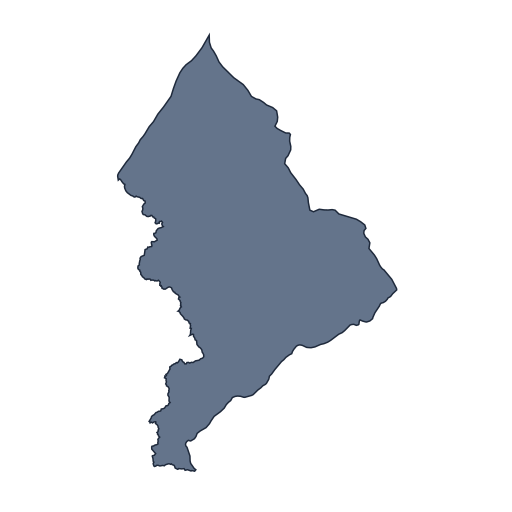 outline of Sing, Louang Namtha, Laos, rotated 183°
{"feature_id": "54806243B57426312908571", "entity_name": "Sing", "entity_type": "district", "adm_level": 2, "iso_a3": "LAO", "parent_name": "Laos", "parent_adm1": "Louang Namtha", "projection": "robinson", "projection_center": [101.175, 21.271], "detail": "fine", "context": "isolated", "style": "filled", "palette": "slate", "viewbox_px": 512, "rotation_deg": 183, "n_neighbors": 0, "source": "geoboundaries", "source_scale": "gbopen_adm2", "svg_char_len": 6065}
<svg xmlns="http://www.w3.org/2000/svg" viewBox="0 0 512 512"><g transform="rotate(183 256 256)"><path d="M314.3,474.1L320.8,461.2L326.4,452.8L330.7,447.6L335.7,443.5L338.9,439.6L341.6,435.0L344.9,426.6L347.2,419.0L349.2,411.0L356.1,400.0L361.4,392.6L365.4,384.8L369.4,379.6L373.4,372.0L375.2,369.2L377.6,366.2L379.1,362.8L381.7,358.9L385.2,351.1L387.3,347.2L390.3,343.2L397.5,331.7L398.3,329.6L398.3,328.3L397.5,324.6L396.4,325.8L396.1,325.8L394.7,324.6L393.9,323.3L391.9,321.1L390.7,320.7L391.0,318.3L390.6,316.8L389.4,314.3L387.8,312.5L383.9,309.9L382.4,309.6L381.1,308.7L380.0,308.5L378.8,309.5L378.0,309.0L375.2,308.5L373.7,307.4L372.3,307.5L371.0,305.5L369.6,305.0L369.4,303.2L370.7,302.0L372.1,299.3L371.5,297.9L371.6,295.9L372.2,294.6L371.4,292.3L370.7,291.5L369.0,291.3L367.2,289.9L365.7,289.7L364.8,290.1L364.0,290.1L363.3,291.0L362.2,291.1L361.2,289.7L360.2,289.6L359.7,288.7L358.2,288.0L357.9,286.3L358.2,285.4L358.0,284.8L358.5,283.9L357.4,282.9L356.5,283.0L355.0,283.8L354.4,283.7L354.3,285.1L353.9,285.5L352.8,285.5L352.2,285.9L351.1,284.7L351.8,283.1L351.0,281.3L350.1,280.5L352.5,279.2L353.6,279.0L355.2,278.3L356.9,276.0L357.2,274.0L358.2,273.4L359.2,273.2L359.2,271.8L358.4,270.3L355.9,268.1L355.5,266.7L358.2,264.9L360.8,264.9L361.3,264.2L361.0,262.5L360.5,261.3L360.7,260.0L362.5,259.7L363.2,259.2L364.6,259.2L364.9,257.6L367.1,256.6L367.6,250.9L370.7,249.4L371.7,247.7L371.4,246.5L371.8,245.3L372.2,242.3L372.0,241.0L373.2,240.0L373.4,238.7L373.2,237.1L372.2,236.1L371.3,235.8L371.2,234.7L370.3,233.8L370.0,231.4L369.2,230.8L368.3,229.3L366.9,228.5L365.9,227.3L364.2,226.7L363.6,227.4L362.7,227.1L362.0,227.4L360.6,227.4L359.7,226.2L359.1,226.5L356.8,226.5L355.8,225.8L355.1,226.2L354.8,226.0L353.4,225.9L352.1,226.7L350.8,225.4L350.2,224.5L350.6,223.5L350.5,221.7L349.2,221.5L349.4,220.8L348.5,220.3L348.1,218.8L347.6,218.8L346.6,218.1L344.8,218.2L342.1,220.2L340.9,220.6L340.4,220.5L338.7,219.8L338.0,218.0L336.5,215.9L335.2,215.5L334.8,214.6L331.5,212.9L330.8,211.6L329.9,211.0L330.9,210.4L331.2,209.0L329.5,207.6L329.3,206.5L328.6,205.7L328.8,204.0L328.4,203.0L328.8,202.5L327.9,201.3L328.6,200.8L329.6,198.8L329.7,198.1L330.9,196.9L330.5,196.9L328.8,195.6L328.6,194.5L325.8,191.8L324.6,190.3L324.4,189.5L323.0,188.6L321.0,188.3L320.7,187.8L319.8,187.3L319.3,185.6L318.0,185.1L318.2,184.5L317.7,183.2L318.0,180.4L316.8,180.3L317.3,178.4L317.4,174.3L318.0,173.2L315.3,174.6L314.3,174.4L314.2,172.6L312.8,170.7L312.4,169.1L311.0,168.5L310.3,164.5L308.1,162.0L307.0,161.5L305.3,159.6L304.6,156.9L304.0,156.3L303.1,154.7L302.9,152.6L304.1,151.1L305.7,150.6L307.4,149.0L311.0,148.1L313.3,146.3L314.8,146.5L316.7,145.6L317.7,146.2L319.4,146.0L320.0,144.7L321.4,144.5L322.5,146.1L323.1,146.2L324.2,147.3L324.6,148.4L326.6,148.9L327.8,146.5L328.8,145.2L330.0,145.4L330.9,144.3L332.3,143.9L333.7,142.7L334.4,142.5L335.1,141.4L336.1,141.0L336.3,140.4L336.0,138.6L338.3,134.0L339.8,133.0L339.2,131.9L339.9,131.4L340.8,131.3L340.6,130.4L341.0,129.6L339.3,128.8L339.3,126.7L338.8,125.6L339.5,123.5L338.7,122.7L338.6,121.7L336.8,120.7L335.7,118.8L336.1,117.0L335.8,115.8L336.7,113.9L336.7,112.4L335.3,110.3L335.3,106.6L334.1,105.1L335.3,104.3L335.6,103.0L336.4,102.0L338.0,101.7L339.4,99.3L340.8,98.6L342.6,98.2L343.0,96.4L343.7,96.0L345.3,95.8L346.5,94.8L347.7,94.4L349.4,92.2L351.0,91.2L351.9,90.2L352.2,88.7L354.1,85.2L353.3,84.7L353.0,83.8L352.0,84.6L351.3,84.4L350.7,83.9L349.0,85.0L347.5,85.2L347.3,84.3L347.6,83.5L345.6,82.0L344.9,80.8L344.8,79.9L344.0,78.3L344.7,76.9L344.4,76.5L344.6,75.5L345.7,74.6L344.9,73.7L345.0,72.9L344.2,72.3L344.1,71.4L342.7,70.1L343.9,68.7L344.4,67.5L344.0,66.1L344.3,64.6L344.0,63.3L345.3,62.3L346.1,62.2L347.6,61.6L348.1,61.0L349.9,60.6L350.2,59.9L350.0,57.7L345.9,53.4L347.1,51.7L349.0,51.1L349.1,50.6L348.3,48.4L347.9,45.6L347.2,44.8L347.8,43.5L347.7,42.8L347.0,41.0L346.4,40.5L345.1,40.9L344.3,41.7L343.0,41.9L341.0,41.3L338.1,42.0L336.6,41.7L335.5,42.8L332.6,43.9L331.5,43.9L330.4,43.5L329.7,44.0L328.7,43.2L327.1,42.8L326.5,42.2L325.6,40.0L323.1,38.9L322.7,39.0L322.1,39.7L319.0,39.5L316.7,39.9L315.6,38.3L313.2,39.0L309.6,37.9L308.8,38.4L306.0,37.9L304.9,39.4L306.7,40.7L310.4,45.5L311.1,47.9L311.5,52.8L314.9,61.4L316.0,62.5L316.5,63.9L316.4,65.3L315.5,67.0L314.2,68.2L313.5,68.4L313.1,68.1L311.5,67.9L307.9,70.3L306.5,72.6L305.5,75.8L302.5,78.4L296.9,82.0L293.7,86.1L292.2,89.1L289.4,93.7L283.3,98.7L279.8,102.4L277.9,106.0L275.8,108.5L273.7,110.3L272.2,113.4L269.5,114.7L267.1,115.2L264.0,115.1L261.0,114.3L259.8,114.3L253.0,116.6L251.6,117.4L247.1,122.3L244.3,124.6L242.5,126.7L239.8,128.4L238.9,129.4L236.8,133.6L236.3,136.7L234.2,139.0L231.3,143.5L225.0,151.9L222.9,153.8L220.8,156.4L217.3,159.2L215.2,160.3L214.6,162.5L213.4,164.7L211.0,168.0L209.5,169.0L207.8,169.5L206.1,169.4L204.8,169.1L200.7,167.4L198.6,167.3L196.2,167.3L192.4,168.3L186.8,171.1L183.6,172.0L179.9,173.7L177.0,175.7L169.3,182.2L165.9,184.0L163.5,186.2L158.4,192.0L156.8,192.6L154.8,192.9L152.2,192.0L150.3,192.6L149.7,193.2L149.4,196.3L149.1,197.3L148.7,197.6L146.2,196.6L143.0,195.9L142.0,195.9L138.9,197.1L136.3,199.5L136.1,200.7L134.3,205.5L130.2,212.4L129.4,214.5L128.5,215.5L126.5,216.1L124.3,217.6L122.6,219.7L122.1,220.9L119.5,222.6L117.6,225.4L113.7,229.5L114.0,231.0L119.2,239.8L127.6,248.9L129.0,249.6L130.6,251.3L132.0,253.2L135.4,259.7L137.8,263.1L143.6,269.4L143.0,275.1L145.0,278.5L147.8,280.8L149.6,284.4L149.4,287.1L147.7,289.3L149.0,292.7L153.3,295.7L157.7,298.0L175.4,302.3L179.4,305.9L182.4,306.3L186.3,305.7L190.4,305.6L195.3,306.0L200.9,303.2L204.6,304.6L206.5,312.1L207.2,316.8L208.1,319.0L209.9,321.1L212.4,325.3L216.2,329.3L220.0,334.4L225.7,341.0L228.4,345.7L232.2,349.7L231.5,355.0L229.3,357.8L226.9,363.8L227.0,367.3L228.4,372.4L228.5,376.2L228.0,379.2L229.3,380.5L232.8,380.4L238.1,382.7L241.6,384.5L243.9,386.6L241.8,391.5L241.6,395.8L243.0,402.0L247.1,405.1L253.4,407.4L256.4,409.7L260.9,412.3L264.2,412.8L268.9,415.1L272.8,421.0L277.7,426.5L287.6,432.9L299.2,443.2L303.1,447.8L306.2,453.8L309.1,458.3L311.7,461.5L313.7,467.0L314.3,474.1Z" fill="#64748b" stroke="#1e293b" stroke-width="1.5"/></g></svg>